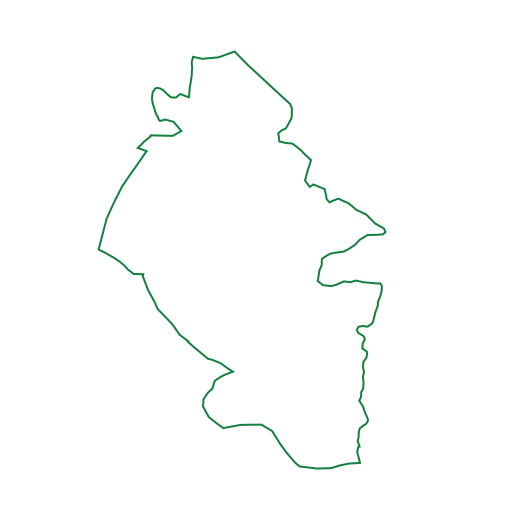 the district of Markz Al Idwa, Al Minya, Egypt, rotated 285°
{"feature_id": "37247803B26025252880900", "entity_name": "Markz Al Idwa", "entity_type": "district", "adm_level": 2, "iso_a3": "EGY", "parent_name": "Egypt", "parent_adm1": "Al Minya", "projection": "robinson", "projection_center": [30.744, 28.697], "detail": "fine", "context": "isolated", "style": "outline", "palette": "green", "viewbox_px": 512, "rotation_deg": 285, "n_neighbors": 0, "source": "geoboundaries", "source_scale": "gbopen_adm2", "svg_char_len": 3325}
<svg xmlns="http://www.w3.org/2000/svg" viewBox="0 0 512 512"><g transform="rotate(285 256 256)"><path d="M252.7,102.0L249.7,102.1L221.5,102.3L220.0,109.8L217.2,120.3L215.0,126.4L212.7,131.4L209.8,135.7L207.0,142.5L209.2,151.9L207.2,151.9L195.8,160.1L184.5,170.6L179.2,174.9L175.2,181.7L169.3,191.5L166.9,194.7L160.1,202.7L156.1,212.6L155.6,212.3L151.7,220.1L148.0,228.2L144.3,236.3L144.4,240.4L143.6,247.4L142.7,251.4L140.9,255.5L138.2,263.6L136.2,260.8L132.7,255.9L129.0,252.2L124.8,248.5L116.4,248.1L111.6,245.0L104.3,242.4L97.0,243.7L88.3,252.0L83.8,262.3L81.3,268.9L88.9,285.0L91.7,294.7L94.5,304.9L91.1,316.9L80.8,327.9L74.2,336.1L66.6,347.1L64.0,352.6L66.5,369.9L70.4,383.3L75.8,391.9L79.5,399.4L82.7,408.9L83.1,410.0L93.1,404.4L98.0,404.2L98.7,405.4L103.6,402.1L107.5,402.0L112.3,400.9L116.2,400.8L120.1,403.7L122.1,405.7L125.0,406.6L126.9,406.6L129.8,404.5L130.5,403.9L133.6,401.4L138.3,398.3L143.1,393.1L146.9,394.0L151.7,392.9L155.6,393.8L161.4,392.7L167.2,390.5L170.3,390.4L172.0,390.4L175.8,388.3L181.6,387.1L186.4,389.0L189.5,388.7L190.2,388.6L191.1,388.3L192.2,387.9L193.9,383.9L194.0,382.8L198.8,381.7L203.9,382.7L204.4,382.3L206.5,380.5L208.3,374.4L210.8,372.6L214.1,373.3L216.1,377.3L216.5,381.9L220.5,385.4L223.1,386.1L231.8,385.9L233.7,385.9L236.6,386.3L239.5,386.5L242.4,385.9L243.4,385.6L244.2,385.8L248.2,386.4L249.4,386.4L250.2,386.5L254.0,386.4L255.9,386.2L256.7,386.1L259.8,385.2L260.8,384.1L261.7,383.2L260.6,379.2L259.5,372.2L258.4,366.2L258.2,359.1L257.2,357.2L255.2,354.2L254.4,348.9L254.2,347.5L252.3,345.1L249.2,341.2L248.7,340.6L246.3,336.2L245.2,328.2L247.7,322.2L255.7,321.3L258.3,321.0L264.2,321.8L266.1,321.4L268.7,320.7L270.0,320.4L270.9,321.1L272.9,322.6L274.9,324.5L275.7,325.3L277.1,326.8L277.6,327.6L278.3,328.7L279.6,331.6L279.8,332.2L281.7,336.5L282.9,339.5L286.1,343.2L287.5,344.4L292.3,348.6L293.3,349.2L294.7,349.9L298.4,351.9L302.6,355.9L305.2,358.4L307.1,365.1L307.6,367.0L308.3,368.7L309.7,373.0L312.7,374.9L313.6,373.9L315.5,372.8L316.4,369.8L318.2,362.7L324.7,351.5L326.4,341.4L330.8,331.9L331.0,331.3L331.9,325.2L332.7,320.7L329.6,316.4L328.9,315.4L326.8,313.3L329.3,309.4L332.4,308.2L338.5,304.9L338.9,300.9L339.9,292.9L336.7,290.0L339.3,286.7L341.6,283.8L346.4,283.8L351.2,283.8L353.1,283.8L354.6,283.9L357.5,284.2L359.0,284.2L362.9,284.3L366.6,277.2L370.3,271.1L374.0,261.9L372.9,255.9L372.7,248.9L375.0,248.0L375.6,247.8L380.4,245.7L384.3,248.6L386.8,251.7L389.7,252.6L392.2,253.2L398.0,254.6L400.9,254.3L404.3,253.3L407.3,252.8L411.4,250.0L413.1,246.8L438.4,198.6L448.0,182.4L438.7,169.1L438.2,168.4L432.6,153.1L432.5,152.2L432.1,143.7L427.4,143.7L426.7,143.7L423.5,144.8L421.7,145.5L413.5,147.2L404.5,148.2L403.1,148.2L392.7,150.0L391.9,150.1L392.0,148.8L392.8,140.9L391.9,140.2L388.2,137.5L387.3,132.6L387.7,131.9L389.5,128.0L392.0,123.9L393.0,120.4L392.9,117.7L392.2,115.7L391.0,114.9L390.2,114.9L387.7,113.8L382.0,114.6L380.4,115.1L378.0,116.0L373.1,119.0L368.2,122.1L366.6,123.4L365.6,124.6L362.2,127.1L361.9,127.9L361.6,128.5L362.0,129.0L364.3,133.1L364.3,141.6L358.6,149.9L357.3,151.5L356.7,150.9L350.5,144.5L348.3,135.5L345.3,123.0L344.2,123.2L338.1,118.7L329.8,113.9L329.0,123.2L328.3,122.9L320.1,120.0L309.5,116.2L306.3,114.9L290.1,109.2L288.8,108.7L280.5,107.0L274.9,105.8L265.9,104.1L252.7,102.0Z" fill="none" stroke="#15803d" stroke-width="2"/></g></svg>